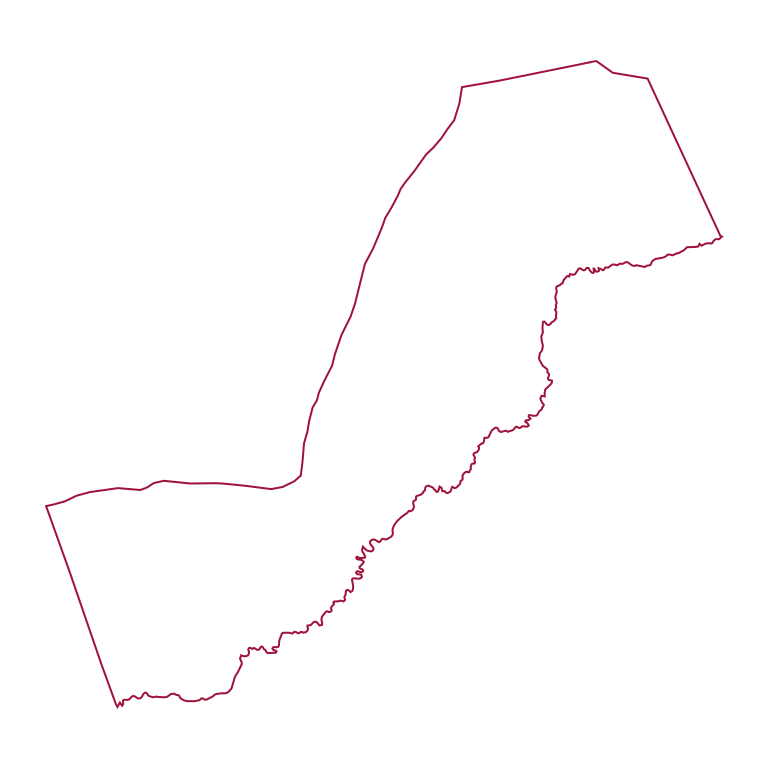 the district of Haraze-Mangueigne, Salamat, Chad
{"feature_id": "50815135B51440340925469", "entity_name": "Haraze-Mangueigne", "entity_type": "district", "adm_level": 2, "iso_a3": "TCD", "parent_name": "Chad", "parent_adm1": "Salamat", "projection": "mercator", "projection_center": [21.205, 10.401], "detail": "fine", "context": "isolated", "style": "outline", "palette": "rose", "viewbox_px": 768, "rotation_deg": 0, "n_neighbors": 0, "source": "geoboundaries", "source_scale": "gbopen_adm2", "svg_char_len": 6116}
<svg xmlns="http://www.w3.org/2000/svg" viewBox="0 0 768 768"><path d="M117.5,707.0L119.9,702.5L122.1,705.8L122.6,705.3L123.2,703.7L123.0,700.7L123.4,700.1L124.8,699.7L127.7,699.9L129.1,699.5L131.8,696.6L133.2,696.0L134.5,696.2L137.8,698.5L140.3,698.3L141.9,696.9L143.2,694.2L145.1,692.6L146.0,692.6L147.0,693.4L148.0,695.2L149.0,696.0L152.3,697.1L154.3,697.1L156.4,696.5L157.6,696.9L164.3,697.3L167.0,696.9L171.0,694.0L174.3,693.7L176.3,694.9L178.6,695.2L180.8,698.6L184.4,700.5L187.1,701.1L194.3,701.2L199.5,700.2L201.3,698.5L202.5,698.3L204.8,699.7L206.5,699.6L212.5,696.6L214.9,694.6L216.2,694.0L220.4,693.4L226.2,693.2L228.6,691.8L231.5,688.4L235.0,676.6L238.1,671.7L241.8,664.0L241.7,662.4L240.2,659.1L240.1,657.9L241.3,655.9L241.2,655.4L244.3,656.3L246.7,656.0L248.1,655.3L248.8,653.8L249.0,652.4L248.3,649.2L249.2,648.0L250.7,647.9L252.2,648.9L252.9,648.8L254.1,647.9L257.1,649.8L258.7,649.7L259.7,648.9L260.7,646.9L262.0,646.6L262.8,647.2L263.8,649.0L265.2,649.9L266.6,652.2L267.7,653.1L275.9,652.7L276.5,651.4L275.8,650.6L273.6,650.1L272.4,648.6L273.0,647.5L274.0,647.0L276.7,647.3L278.3,646.7L278.9,645.6L279.3,640.5L281.9,633.6L282.9,632.8L289.0,632.7L292.3,633.6L294.2,631.9L295.7,631.9L298.1,633.3L299.2,633.1L300.9,631.9L302.0,632.0L302.7,632.6L305.8,632.2L307.6,630.5L308.0,628.8L307.3,626.4L307.6,625.5L310.6,625.2L313.7,622.1L315.0,621.7L316.4,621.8L319.6,625.5L322.0,624.9L322.1,622.4L321.4,619.8L321.9,616.9L325.0,612.7L326.3,611.6L327.5,611.3L328.9,612.1L330.6,611.7L331.6,610.8L331.0,608.0L332.1,606.0L333.5,604.9L334.0,604.0L333.3,602.8L333.5,602.0L334.2,601.5L338.5,601.3L339.6,600.8L341.3,600.7L343.5,601.4L344.5,600.7L345.1,599.5L344.4,597.7L344.5,596.6L345.7,594.4L345.7,591.9L346.5,590.2L347.4,589.9L348.7,590.3L350.5,592.1L352.3,591.0L353.0,589.0L353.2,586.3L352.0,579.6L352.3,579.0L353.0,578.4L354.6,578.3L358.8,578.8L361.2,577.9L361.9,576.4L361.1,574.6L357.3,574.2L356.5,573.5L356.1,572.5L356.9,571.4L358.1,571.2L359.8,572.0L361.4,572.2L362.6,571.7L363.2,570.6L362.6,569.5L360.7,568.8L359.5,567.9L359.6,566.8L362.9,563.5L363.8,562.0L362.6,560.6L361.1,559.8L357.8,559.4L356.8,558.9L356.3,557.7L356.7,556.9L357.3,556.8L359.5,558.0L364.6,557.8L365.2,556.9L364.3,554.4L362.4,551.6L362.1,549.7L362.9,546.7L366.6,550.3L369.3,551.2L371.6,551.3L373.0,550.4L373.5,549.0L373.5,548.2L370.2,543.8L369.9,542.2L370.3,541.2L371.6,540.0L373.7,539.4L376.1,540.3L378.3,541.9L379.5,542.1L382.2,538.9L383.4,538.8L384.9,539.4L386.7,539.3L390.4,537.2L392.2,535.6L392.9,533.2L392.5,530.7L392.7,528.9L393.9,525.6L396.6,521.7L401.2,517.2L407.3,512.8L408.9,510.9L410.5,511.3L412.6,510.0L413.6,508.5L413.9,506.7L413.1,502.3L413.5,501.2L415.7,500.0L416.1,498.7L415.9,497.0L416.5,496.1L421.2,494.5L423.2,492.6L423.3,491.7L424.9,490.3L425.4,487.4L426.0,486.5L428.2,485.6L433.0,487.6L434.3,489.7L435.5,490.2L435.9,491.2L436.7,492.0L437.7,491.7L438.4,490.7L439.6,486.6L441.4,487.7L442.3,491.0L443.2,491.3L444.6,491.1L446.1,492.7L447.1,493.1L448.8,492.6L450.6,491.4L451.7,487.8L452.4,486.8L454.1,487.9L455.1,488.1L456.1,487.7L458.0,486.1L460.1,483.8L460.6,480.9L462.2,480.0L462.7,478.8L462.5,475.6L463.5,473.9L465.5,472.1L466.6,471.7L468.9,472.4L469.4,472.0L469.7,470.7L470.8,469.4L470.8,466.0L471.7,464.1L472.6,463.6L474.6,463.5L475.0,462.6L474.4,459.4L475.0,457.7L473.4,454.7L473.8,453.5L475.1,452.7L476.8,452.3L478.4,450.4L479.1,448.5L479.0,447.3L478.2,446.4L481.4,443.6L483.0,443.3L483.8,441.8L484.5,437.8L487.1,437.8L488.5,437.1L491.6,430.7L494.9,427.9L496.7,427.7L497.6,428.3L499.1,431.1L500.9,432.0L505.3,430.8L506.6,430.9L507.6,431.8L513.0,430.1L515.8,426.8L517.2,426.9L518.4,427.8L519.3,428.0L520.3,427.8L522.4,426.2L527.0,426.7L528.1,426.2L528.8,425.3L527.1,422.7L525.7,422.3L525.2,421.4L525.9,420.4L528.7,420.0L530.5,418.6L528.8,416.9L528.6,416.1L529.0,415.2L530.4,415.1L533.2,415.8L536.1,415.7L537.1,415.0L539.5,410.9L540.7,410.3L541.6,409.4L542.1,407.7L543.1,406.7L543.8,404.8L542.0,402.4L540.5,399.2L540.4,398.2L541.6,395.8L544.7,396.4L544.6,393.2L545.2,389.6L551.0,384.0L552.0,382.1L551.9,380.6L548.9,380.0L547.9,378.4L549.0,375.4L549.0,374.1L547.3,372.0L547.5,370.6L547.1,369.2L542.7,365.7L539.5,359.9L539.0,358.3L539.9,353.1L542.0,350.5L542.8,346.8L542.8,345.0L541.8,341.3L541.3,336.2L542.9,332.6L542.5,328.2L542.9,322.1L543.5,321.6L544.6,321.6L546.6,324.2L547.7,324.9L549.0,325.0L550.5,323.9L551.9,322.1L554.4,320.8L554.8,319.5L556.3,318.3L556.0,316.2L556.4,312.0L555.0,309.8L555.1,309.1L555.9,308.6L556.2,307.4L555.8,305.2L556.6,302.8L555.3,297.8L555.7,295.1L556.9,291.6L556.2,289.0L556.3,287.2L557.0,286.3L559.7,285.3L561.5,283.6L562.5,283.3L563.8,279.8L567.1,276.1L569.3,276.5L569.9,274.1L572.9,274.8L575.0,274.3L578.8,268.5L580.4,268.4L583.3,270.3L584.5,270.2L585.5,269.5L586.6,267.9L588.6,268.0L590.2,270.9L591.8,272.6L593.2,272.9L594.0,272.0L593.6,268.7L594.3,268.7L595.4,270.9L596.3,271.7L598.2,271.4L598.9,270.9L598.6,268.2L600.7,268.9L602.6,270.2L603.6,270.1L605.3,267.5L608.3,267.6L611.9,264.8L612.9,264.5L615.0,264.6L616.6,265.2L618.0,264.9L619.7,263.7L622.5,263.9L625.9,262.1L627.7,262.3L631.9,265.3L633.4,265.8L635.1,265.9L636.3,265.2L644.8,267.0L646.5,265.8L650.4,265.1L652.4,261.0L655.5,258.9L662.0,257.9L665.4,256.7L667.6,254.7L669.1,254.5L672.6,255.3L676.6,253.4L678.5,253.2L680.5,252.1L684.1,250.1L686.7,247.5L687.5,247.2L694.6,247.0L698.1,246.6L699.6,243.8L701.5,245.7L705.9,243.5L708.7,243.2L711.3,243.5L712.8,242.6L713.5,240.9L715.8,239.1L719.1,239.2L721.9,236.6L720.4,235.9L647.6,78.6L612.8,72.8L596.2,61.0L500.6,80.4L462.0,87.1L459.3,103.7L454.2,120.2L447.4,129.2L441.2,138.4L433.2,147.7L426.0,154.6L414.4,171.0L405.2,182.4L400.6,189.0L397.7,195.9L392.0,206.7L385.4,217.7L381.6,228.3L373.1,248.5L364.9,264.0L354.9,304.0L350.6,316.6L341.5,334.9L334.8,354.6L332.1,365.7L324.3,380.8L318.8,392.9L317.0,400.1L312.7,407.4L309.2,420.7L307.3,432.1L304.0,443.4L302.5,461.8L300.8,475.5L294.3,481.3L282.5,487.0L271.1,489.1L246.3,485.9L222.4,483.5L214.7,483.2L190.2,483.5L163.9,480.8L153.9,483.0L147.0,487.5L140.3,490.0L118.0,488.1L89.9,492.1L76.6,495.7L65.0,501.3L53.9,504.4L46.1,506.1L70.0,572.9L101.6,664.8L116.0,704.4L117.5,707.0Z" fill="none" stroke="#9f1239" stroke-width="2"/></svg>